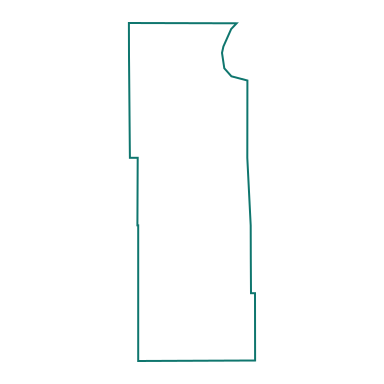 Clearwater, Minnesota, United States of America (Natural Earth projection)
{"feature_id": "52423323B62368100165571", "entity_name": "Clearwater", "entity_type": "district", "adm_level": 2, "iso_a3": "USA", "parent_name": "United States of America", "parent_adm1": "Minnesota", "projection": "natural_earth1", "projection_center": [-95.349, 47.586], "detail": "fine", "context": "isolated", "style": "outline", "palette": "teal", "viewbox_px": 384, "rotation_deg": 0, "n_neighbors": 0, "source": "geoboundaries", "source_scale": "gbopen_adm2", "svg_char_len": 370}
<svg xmlns="http://www.w3.org/2000/svg" viewBox="0 0 384 384"><path d="M138.2,361.0L255.1,360.5L255.0,293.2L251.0,293.2L250.8,259.2L250.7,225.5L247.3,157.9L247.4,80.5L231.4,76.3L224.3,68.3L222.0,52.9L223.4,46.5L231.2,29.0L236.6,23.3L128.9,23.0L129.0,56.7L129.9,157.8L137.7,157.8L137.4,225.3L138.2,225.3L138.2,361.0Z" fill="none" stroke="#0f766e" stroke-width="2"/></svg>